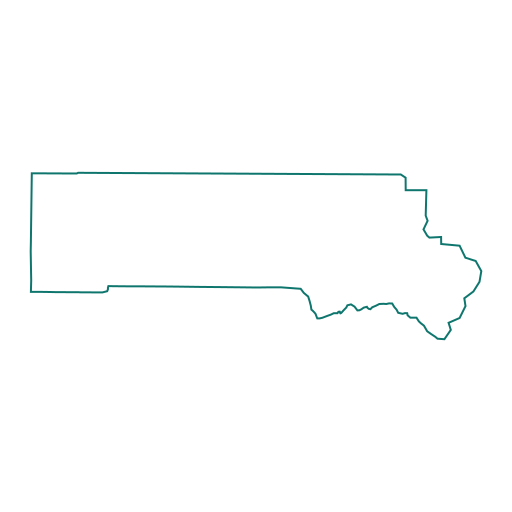 San Miguel, Colorado, United States of America (orthographic projection)
{"feature_id": "52423323B46941979190564", "entity_name": "San Miguel", "entity_type": "district", "adm_level": 2, "iso_a3": "USA", "parent_name": "United States of America", "parent_adm1": "Colorado", "projection": "orthographic", "projection_center": [-108.277, 37.965], "detail": "fine", "context": "isolated", "style": "outline", "palette": "teal", "viewbox_px": 512, "rotation_deg": 0, "n_neighbors": 0, "source": "geoboundaries", "source_scale": "gbopen_adm2", "svg_char_len": 1592}
<svg xmlns="http://www.w3.org/2000/svg" viewBox="0 0 512 512"><path d="M30.9,291.9L34.7,291.9L42.6,291.9L50.2,292.0L54.9,292.1L59.6,292.1L68.8,292.2L72.8,292.2L78.3,292.2L80.3,292.3L82.2,292.3L83.5,292.3L84.5,292.3L88.3,292.3L92.9,292.4L102.5,292.4L107.2,291.2L108.0,289.1L107.9,287.9L108.4,286.1L114.0,286.2L125.6,286.3L135.8,286.3L149.4,286.4L166.3,286.5L176.7,286.6L199.2,286.9L220.8,287.1L240.1,287.3L257.3,287.5L263.6,287.4L272.0,287.3L280.6,287.3L300.7,288.8L303.8,292.9L308.2,296.6L309.6,301.1L310.8,305.7L311.4,309.6L312.9,310.9L314.4,312.5L315.5,313.8L316.9,317.5L317.3,318.4L319.6,318.4L322.3,317.8L327.0,316.0L330.9,314.6L333.8,313.2L337.5,313.2L338.2,312.0L339.1,311.6L339.8,311.7L340.0,312.7L340.4,313.3L341.3,312.9L343.4,310.5L346.3,307.5L347.4,305.3L351.0,304.4L354.5,306.6L356.8,309.6L357.4,310.4L359.3,310.3L361.2,309.4L363.8,307.6L366.9,306.8L367.4,307.8L368.9,308.9L370.4,309.2L372.2,307.3L376.2,305.6L379.3,304.0L383.5,303.8L386.3,304.0L389.0,303.4L392.2,303.5L394.2,306.9L396.6,309.7L398.2,312.8L402.6,313.8L405.0,313.1L407.2,313.2L407.6,315.3L410.4,317.7L416.5,317.7L418.8,321.3L420.9,323.3L423.9,325.6L427.2,331.3L431.2,334.1L435.3,336.8L437.5,338.7L444.4,339.2L450.8,329.9L448.6,322.8L459.6,318.0L465.5,306.1L464.3,298.3L473.4,291.5L479.5,281.8L481.3,271.1L475.7,261.0L465.4,257.7L459.6,245.7L441.2,244.0L441.1,237.0L429.4,237.6L427.2,235.7L423.5,229.4L427.6,220.8L425.7,215.6L426.4,190.2L405.7,190.2L405.6,177.7L400.8,174.5L78.1,172.8L76.7,173.5L31.8,173.3L30.9,240.3L30.9,241.3L30.7,251.2L31.2,280.5L30.9,291.9Z" fill="none" stroke="#0f766e" stroke-width="2"/></svg>